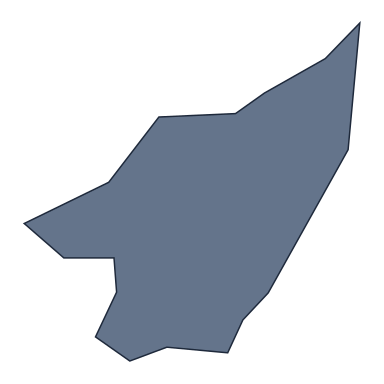 an SVG outline of Faetano
{"feature_id": "SMR-4888", "entity_name": "Faetano", "entity_type": "state/province", "adm_level": 1, "iso_a3": "SMR", "parent_name": "San Marino", "parent_adm1": "", "projection": "equal_earth", "projection_center": [12.476, 43.936], "detail": "fine", "context": "isolated", "style": "filled", "palette": "slate", "viewbox_px": 384, "rotation_deg": 0, "n_neighbors": 0, "source": "natural_earth", "source_scale": "10m", "svg_char_len": 353}
<svg xmlns="http://www.w3.org/2000/svg" viewBox="0 0 384 384"><path d="M359.8,23.0L348.1,149.7L277.3,276.6L268.2,292.9L242.9,319.9L227.7,352.8L166.8,347.2L129.8,361.0L95.5,336.9L116.6,292.2L114.0,257.9L63.8,257.9L24.2,223.5L108.7,182.3L158.9,117.0L235.5,113.6L264.5,93.0L325.3,58.6L359.8,23.0Z" fill="#64748b" stroke="#1e293b" stroke-width="1.5"/></svg>